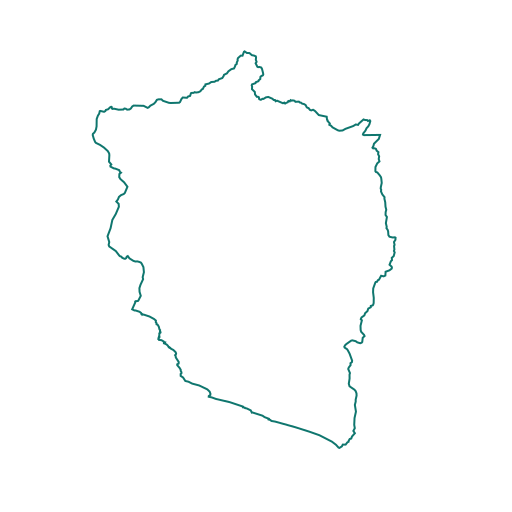 Ica, Ica, Peru (orthographic projection), rotated 350°
{"feature_id": "86281439B40725623046053", "entity_name": "Ica", "entity_type": "district", "adm_level": 2, "iso_a3": "PER", "parent_name": "Peru", "parent_adm1": "Ica", "projection": "orthographic", "projection_center": [-75.617, -14.336], "detail": "fine", "context": "isolated", "style": "outline", "palette": "teal", "viewbox_px": 512, "rotation_deg": 350, "n_neighbors": 0, "source": "geoboundaries", "source_scale": "gbopen_adm2", "svg_char_len": 6041}
<svg xmlns="http://www.w3.org/2000/svg" viewBox="0 0 512 512"><g transform="rotate(350 256 256)"><path d="M284.8,55.0L282.3,54.5L280.3,52.5L279.6,52.8L277.5,56.4L275.8,56.0L272.6,58.0L272.0,59.1L271.9,60.4L270.7,62.0L270.4,63.5L268.8,64.4L268.3,65.6L266.9,67.5L264.2,67.7L260.9,69.3L259.1,71.1L256.0,72.0L255.3,73.2L253.7,74.9L250.1,75.5L249.0,76.6L246.9,76.5L245.5,77.2L242.1,76.9L239.7,78.0L236.0,78.2L235.6,79.6L234.2,80.1L232.6,82.3L231.6,82.5L229.8,84.1L227.8,84.7L225.3,84.6L224.0,84.0L223.0,84.5L220.8,84.2L220.2,84.4L218.9,86.9L216.9,87.1L215.5,88.2L211.4,87.2L209.8,88.5L207.9,91.2L206.9,91.7L198.5,90.5L196.8,90.0L191.3,87.0L190.1,85.3L187.1,84.8L185.5,85.0L183.7,87.0L181.8,88.4L178.1,89.6L176.3,90.9L175.0,91.3L171.4,88.6L161.6,86.6L160.0,87.3L158.4,89.0L156.8,89.7L154.5,89.5L153.4,88.4L152.0,87.9L150.8,88.7L146.2,88.1L141.8,86.3L140.1,86.2L139.7,85.6L139.8,84.3L139.3,83.9L138.0,84.3L135.9,85.8L133.5,86.1L132.8,87.1L131.4,87.6L127.9,86.1L127.3,86.2L126.3,88.6L124.7,90.3L122.9,93.4L121.5,100.7L120.3,103.8L118.3,106.3L116.6,107.4L116.2,108.5L116.6,112.3L117.4,115.8L118.0,116.8L121.7,119.5L125.1,122.8L128.3,127.0L129.2,129.5L129.1,131.2L127.6,137.6L129.4,140.7L128.2,141.8L128.2,142.7L131.3,145.1L132.6,145.5L136.2,147.7L136.6,149.5L137.5,150.5L135.7,151.5L135.0,154.6L135.9,156.8L138.9,160.5L141.4,165.5L137.8,171.1L136.5,172.0L133.7,172.6L131.3,174.0L129.8,176.4L127.9,178.1L129.8,180.8L129.5,183.7L125.2,190.3L120.8,195.5L117.6,203.4L113.2,210.8L113.9,216.8L112.8,219.5L113.1,221.1L118.8,226.8L121.4,231.8L121.9,232.5L123.3,233.3L123.9,234.5L125.8,235.8L126.8,236.0L127.8,235.5L128.6,234.2L129.7,233.8L131.0,236.4L134.4,239.5L136.3,240.5L138.2,240.7L140.1,241.6L141.5,242.5L142.1,243.7L143.2,247.4L142.8,252.5L140.7,257.2L140.8,259.2L137.3,264.2L135.6,267.4L135.1,271.1L135.6,275.2L132.5,279.3L131.9,279.8L129.5,279.6L129.1,279.9L129.0,280.8L124.8,287.0L126.8,288.5L127.9,288.7L131.6,290.7L133.0,292.2L133.1,293.3L133.7,293.4L133.8,294.0L134.2,293.8L135.8,294.5L140.6,297.1L144.6,300.3L146.2,302.2L145.8,303.9L146.4,304.8L146.2,306.0L147.2,306.6L148.0,308.7L148.2,311.6L148.7,312.3L148.3,313.7L148.7,314.3L148.0,314.8L148.2,315.1L147.3,315.6L147.1,317.1L146.3,318.8L146.7,319.1L145.8,319.7L145.4,320.8L146.1,321.2L146.0,321.8L148.3,322.5L150.4,324.3L150.2,325.7L151.5,325.5L151.2,326.6L152.6,327.6L153.6,329.0L154.1,330.3L154.5,330.5L154.4,330.9L155.0,331.5L155.6,331.5L156.1,332.5L158.3,334.2L160.1,336.7L160.4,338.1L160.0,339.0L159.1,339.6L159.5,340.6L159.4,342.0L161.5,347.0L161.1,348.5L159.6,349.0L159.5,349.9L161.3,352.9L162.1,355.0L161.9,356.0L162.4,357.5L162.2,358.5L161.3,359.1L161.0,361.0L163.1,363.0L164.7,366.8L167.7,368.1L171.0,370.6L177.5,373.6L184.9,378.9L186.8,381.5L187.2,383.7L186.9,384.9L185.2,385.7L185.0,386.4L187.9,387.6L191.7,389.8L204.8,395.4L216.6,401.8L216.8,402.6L217.3,402.5L217.4,402.9L218.7,403.5L218.8,403.9L220.4,404.5L224.0,407.1L224.7,409.5L225.2,409.4L234.7,414.4L236.5,416.2L240.2,418.4L240.0,418.9L240.5,419.0L240.4,419.4L241.7,420.0L242.5,421.1L246.1,422.4L264.9,431.4L278.1,438.3L287.3,443.5L298.5,452.0L302.0,455.8L304.0,459.0L304.8,459.5L307.5,458.4L308.7,456.8L311.5,457.3L313.6,455.4L314.9,455.0L315.1,454.2L316.5,452.5L318.1,452.3L319.2,450.4L322.6,447.7L321.5,445.2L323.4,442.7L323.4,439.4L324.9,432.7L327.4,426.6L327.5,419.8L328.9,416.7L329.2,414.8L330.8,411.0L331.1,408.8L330.7,406.4L329.7,404.7L325.5,400.6L325.2,397.9L326.9,392.9L327.5,389.1L328.2,387.6L327.2,383.3L328.0,381.9L330.2,379.9L330.4,378.0L332.0,377.2L332.5,375.8L331.2,368.4L330.0,364.7L329.5,363.6L327.4,361.6L327.2,360.7L328.2,359.4L329.7,358.4L335.0,355.9L336.2,355.8L339.4,357.2L340.7,358.6L343.5,360.0L345.0,359.7L345.7,359.1L346.9,355.1L349.0,353.7L348.7,352.4L346.4,348.9L346.2,347.1L346.8,342.9L349.1,337.7L348.2,336.5L348.5,335.9L349.3,334.8L352.4,333.3L353.5,331.3L356.2,329.6L357.4,327.3L360.1,326.4L360.4,325.1L362.3,324.9L362.9,324.4L363.7,322.8L364.7,317.7L365.0,312.0L365.8,308.3L368.9,302.9L369.4,302.4L370.7,302.4L371.8,301.0L373.0,300.7L375.8,297.2L378.2,298.2L380.0,297.7L380.9,294.0L384.9,293.3L387.4,292.0L387.8,291.2L387.7,290.0L386.0,287.8L387.9,284.6L389.2,283.7L389.4,281.4L391.6,280.0L393.2,276.5L392.7,275.0L393.4,273.7L393.7,270.1L394.4,269.1L394.3,266.2L396.1,264.3L396.6,262.2L396.0,261.7L393.8,261.5L390.8,260.2L390.0,258.4L390.4,254.7L390.2,253.1L389.3,251.2L389.8,250.0L389.6,246.2L391.7,240.3L390.7,238.1L391.3,235.3L392.3,233.1L392.1,229.9L392.6,225.5L392.4,221.8L392.8,220.4L391.1,217.3L390.3,214.1L390.8,212.5L390.5,211.3L390.9,209.8L392.5,205.9L392.8,202.0L392.8,200.2L391.9,198.1L390.0,194.8L388.7,194.1L388.3,193.2L389.1,189.1L391.5,185.8L394.0,184.3L393.7,181.8L394.6,179.2L393.9,176.9L394.6,175.0L393.1,173.2L392.7,171.3L391.4,170.5L390.1,170.4L389.5,169.6L390.8,167.9L391.7,165.9L397.3,162.0L399.2,158.3L383.3,155.7L382.4,155.0L382.9,153.9L385.6,151.5L387.0,149.4L389.1,147.8L390.6,145.9L392.0,143.0L391.6,142.1L389.7,142.5L389.1,141.5L387.0,141.0L385.6,140.2L380.4,143.4L379.3,144.6L377.1,143.8L374.3,144.9L366.2,146.3L363.1,147.4L359.8,147.1L358.4,146.4L353.7,142.6L352.6,140.8L351.0,139.5L351.7,138.3L349.9,135.4L350.1,134.8L349.6,134.1L349.8,131.1L342.3,128.1L339.4,123.6L338.2,122.4L337.6,121.9L335.7,122.2L334.5,121.5L333.4,119.4L332.3,118.9L331.7,118.1L331.1,116.0L329.8,114.8L327.8,113.9L326.8,112.7L325.9,112.5L325.0,111.4L321.6,111.0L320.9,109.8L319.2,109.1L318.2,109.3L317.2,108.5L316.1,109.6L315.2,109.0L314.6,109.1L314.0,110.1L312.0,110.5L311.4,110.9L310.6,110.6L310.4,109.9L309.0,110.2L303.7,106.7L302.2,107.0L301.8,105.7L300.5,105.4L299.5,104.0L295.7,101.5L293.3,101.5L290.6,102.6L289.7,102.3L287.9,103.0L286.6,102.3L286.3,101.8L286.4,100.2L285.7,99.6L284.5,99.4L283.1,96.7L283.3,94.2L281.0,91.0L281.6,88.5L281.4,87.2L281.9,86.3L285.5,85.7L286.0,84.8L288.7,84.3L289.2,83.4L290.9,82.5L291.5,80.3L292.8,79.5L293.7,79.5L294.3,79.1L294.7,78.4L294.7,76.8L294.4,72.8L293.9,71.3L292.1,70.4L290.9,70.4L290.2,69.9L289.1,66.1L290.3,64.9L289.9,62.7L290.5,60.6L290.5,59.4L288.9,58.3L286.8,57.5L284.8,55.0Z" fill="none" stroke="#0f766e" stroke-width="2"/></g></svg>